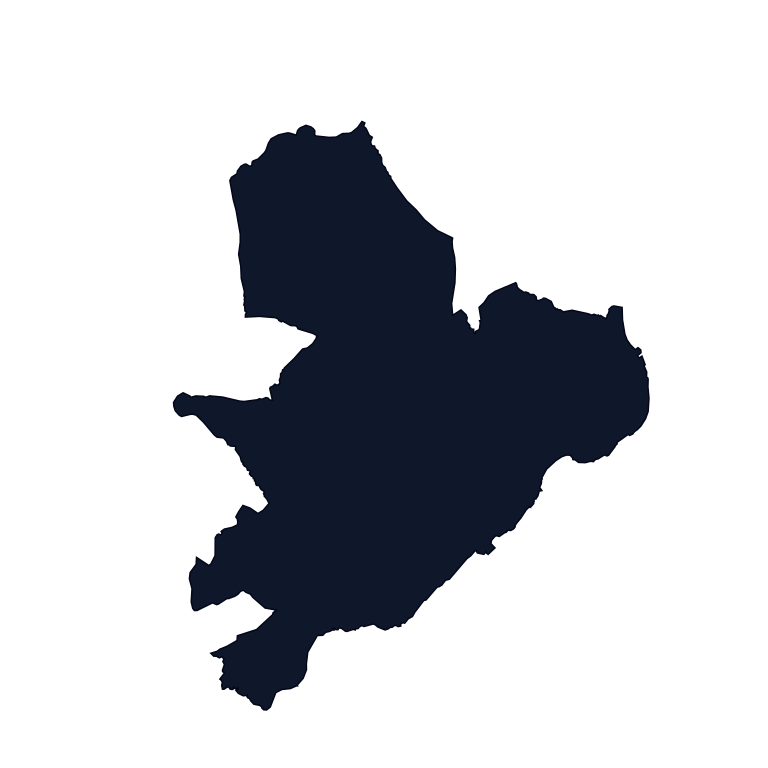 Kota Kupang, Nusa Tenggara Timur, Indonesia (Mercator projection), rotated 161°
{"feature_id": "22746128B56606429525327", "entity_name": "Kota Kupang", "entity_type": "district", "adm_level": 2, "iso_a3": "IDN", "parent_name": "Indonesia", "parent_adm1": "Nusa Tenggara Timur", "projection": "mercator", "projection_center": [123.613, -10.211], "detail": "fine", "context": "isolated", "style": "filled", "palette": "ink", "viewbox_px": 768, "rotation_deg": 161, "n_neighbors": 0, "source": "geoboundaries", "source_scale": "gbopen_adm2", "svg_char_len": 6171}
<svg xmlns="http://www.w3.org/2000/svg" viewBox="0 0 768 768"><g transform="rotate(161 384 384)"><path d="M133.9,378.9L141.1,382.9L143.2,383.1L147.0,381.4L147.3,379.8L149.4,377.0L150.6,376.5L151.2,375.0L153.2,373.6L156.9,378.2L158.0,377.6L158.7,379.4L160.0,379.4L162.6,381.5L165.3,381.6L168.0,383.9L182.1,392.5L190.9,393.8L193.1,396.7L195.7,398.0L195.9,398.9L197.3,398.8L197.5,400.4L198.5,401.4L199.0,407.6L203.5,412.5L205.4,413.3L206.3,412.7L210.8,412.5L212.4,413.5L211.8,417.1L213.3,419.8L217.3,421.4L217.6,422.9L220.1,424.9L221.7,424.9L225.2,429.4L226.4,432.0L226.1,436.0L226.5,436.9L248.8,435.4L256.4,433.3L263.0,428.3L269.2,425.5L271.3,413.3L272.1,412.3L273.0,412.7L273.0,410.6L275.5,405.6L276.6,404.3L280.3,403.9L281.1,402.2L282.5,402.7L281.4,406.6L284.0,407.7L283.8,408.7L284.7,408.9L283.8,411.7L285.2,415.0L285.4,416.7L283.8,419.4L283.9,422.8L287.1,429.0L296.7,426.6L293.8,438.2L284.0,456.6L279.0,469.7L276.0,480.7L274.9,490.3L273.3,496.4L271.6,499.7L283.5,511.6L292.2,526.0L296.8,537.9L302.9,549.8L307.7,564.7L310.6,576.0L310.1,578.2L311.6,580.1L311.5,583.1L312.4,584.3L312.4,588.4L314.1,591.5L314.0,594.5L312.7,598.5L313.2,602.2L314.6,603.7L313.7,606.5L315.6,609.4L315.5,612.1L317.5,613.0L318.0,614.2L318.0,616.4L317.2,618.2L314.7,621.1L316.9,623.8L317.8,631.6L319.4,634.3L317.1,637.1L319.4,639.4L325.4,635.1L332.9,632.3L335.4,632.4L341.8,634.3L348.7,633.0L355.5,635.0L367.5,640.6L368.5,642.1L367.0,645.9L367.7,648.4L369.5,651.0L373.6,654.0L379.7,653.5L381.8,652.7L383.4,651.5L385.9,647.9L391.7,652.1L393.7,652.9L402.6,653.9L410.8,652.6L414.9,649.3L419.6,643.3L421.9,641.6L429.9,637.7L435.2,637.5L436.4,636.8L438.0,633.3L440.4,633.9L442.8,636.9L444.5,637.2L448.3,636.5L453.1,633.2L454.7,630.6L460.9,629.1L463.5,626.6L466.5,607.4L467.3,596.3L471.1,572.6L473.8,564.8L479.2,554.0L481.1,541.9L484.6,530.2L485.9,516.8L487.8,512.9L487.6,511.2L487.1,511.2L488.5,509.8L488.9,507.5L490.8,504.4L490.4,502.9L491.7,498.3L490.5,496.7L492.4,494.8L493.3,492.4L479.8,488.5L465.4,482.2L463.1,480.2L462.7,478.2L460.9,476.2L459.3,476.4L453.3,469.7L448.8,467.9L447.7,466.8L447.3,464.1L434.9,455.1L431.9,451.9L433.1,449.3L438.4,445.3L444.8,443.0L449.6,443.6L460.5,437.4L473.0,431.6L474.4,430.1L475.2,430.4L477.1,427.6L478.3,427.6L479.6,424.3L481.7,421.7L482.0,418.9L483.9,417.7L485.7,417.8L487.2,419.4L489.7,418.2L492.6,417.9L493.5,416.8L494.8,405.0L496.9,405.8L498.4,408.6L500.0,409.6L504.4,409.3L506.7,410.7L508.6,410.3L521.9,413.0L525.8,414.7L540.9,424.2L552.8,429.6L556.6,429.4L558.6,431.1L565.8,434.0L570.8,434.3L571.5,435.9L576.8,441.1L583.1,439.8L589.0,435.1L590.0,431.1L590.1,426.7L587.8,421.2L586.0,419.2L577.2,418.4L574.9,417.8L571.7,415.7L567.2,406.8L561.1,391.1L559.2,388.1L553.3,385.2L551.6,381.3L551.4,377.5L550.0,376.7L549.5,375.4L544.5,373.3L545.9,370.3L543.6,362.2L544.0,357.8L543.5,355.9L542.4,355.5L543.5,354.3L542.7,351.6L541.7,351.0L541.0,349.2L541.2,347.0L538.7,345.3L540.5,342.8L539.5,340.2L538.0,338.8L538.4,337.1L537.2,336.3L538.0,334.7L537.2,333.2L537.8,331.9L537.6,329.8L534.7,328.1L535.1,326.5L534.5,324.2L532.1,321.1L533.6,319.6L533.3,318.0L533.8,317.2L532.2,313.1L531.6,308.5L539.4,303.9L545.3,302.6L551.1,310.4L556.9,315.1L562.6,310.9L567.4,306.5L566.6,304.1L567.3,300.8L568.6,298.5L574.4,297.9L582.2,298.8L586.0,297.6L585.6,295.5L587.6,294.4L589.0,295.9L590.7,295.9L593.6,293.6L599.6,276.7L606.3,270.2L608.7,269.4L617.7,281.1L620.3,274.7L628.7,268.8L631.4,263.3L632.2,252.9L637.2,240.8L637.9,234.2L637.1,231.6L634.5,230.7L617.4,232.9L614.1,229.9L612.3,229.8L602.4,232.3L600.8,231.7L594.1,231.9L590.4,232.8L587.4,234.6L584.2,234.9L582.2,231.8L578.8,228.9L577.4,224.8L569.4,210.9L559.5,205.4L563.7,203.6L563.9,202.4L584.5,193.3L604.6,193.7L606.5,189.3L618.0,187.1L625.7,186.7L628.7,185.6L635.4,185.8L633.6,182.1L631.0,181.1L628.9,178.7L626.1,178.9L624.9,176.0L626.7,174.1L626.2,170.8L630.0,165.8L630.2,164.6L628.9,162.7L635.3,158.4L634.3,156.8L634.0,154.6L635.6,151.8L636.1,148.0L634.5,147.5L630.6,148.6L629.4,147.7L628.8,145.6L627.1,144.6L625.9,144.6L624.9,146.3L624.7,145.1L623.7,144.3L621.0,144.1L621.3,143.0L623.8,142.6L622.4,138.9L618.6,135.0L614.8,134.3L614.5,133.7L615.4,133.0L614.8,131.4L613.6,130.6L613.1,127.6L611.3,123.6L606.2,120.6L604.8,118.8L605.0,117.5L603.8,115.1L601.1,114.0L596.7,115.6L586.8,127.4L580.0,128.4L571.6,126.5L565.0,127.1L564.0,126.7L564.0,127.6L556.3,132.0L550.3,139.1L548.5,144.7L543.4,155.3L528.9,167.9L523.7,166.3L520.1,168.2L516.0,167.8L512.7,168.2L511.5,167.7L511.7,169.3L510.9,169.4L509.3,167.3L507.4,166.7L506.6,167.7L505.1,167.8L503.2,166.2L501.1,162.9L499.6,162.1L493.1,162.0L491.2,160.8L490.8,161.8L488.0,161.2L486.7,162.2L483.9,162.9L481.7,161.2L472.4,160.6L470.7,159.3L469.1,156.4L463.1,151.1L459.6,151.1L457.3,151.9L455.6,151.3L452.5,152.3L450.4,151.1L449.8,150.1L447.0,149.6L446.6,151.2L445.4,152.0L443.3,151.9L442.3,151.1L437.5,154.1L432.8,154.9L429.1,158.2L417.7,165.8L416.7,166.3L414.6,166.1L399.8,174.7L397.9,174.4L394.9,175.0L389.7,178.4L385.8,178.1L362.6,191.8L357.7,193.4L352.8,196.3L351.0,196.6L350.8,193.9L345.0,190.4L342.3,192.4L342.2,190.7L341.0,189.0L332.4,192.9L334.9,198.3L333.1,201.3L328.7,203.8L327.2,204.0L324.6,202.3L318.0,204.2L317.0,203.9L314.2,205.4L311.9,204.2L308.6,204.8L306.4,206.3L306.6,207.1L304.0,209.2L298.2,212.7L290.5,218.7L287.2,220.3L286.3,219.9L286.6,220.5L285.8,220.8L284.6,220.3L281.3,222.2L281.4,223.2L280.1,224.1L280.3,225.4L279.0,226.2L277.9,225.8L274.8,228.2L272.3,232.0L270.7,232.4L270.5,231.9L269.4,231.8L270.5,235.5L267.7,238.6L267.9,239.4L267.0,239.9L266.1,242.7L265.3,242.7L265.2,244.0L257.9,250.6L246.5,255.6L239.4,257.4L234.6,257.4L231.2,256.1L229.7,252.7L230.0,251.0L228.1,250.2L225.6,246.5L219.3,244.1L214.0,243.7L211.2,242.4L208.7,243.8L206.0,243.5L198.6,245.2L196.7,243.4L194.9,243.5L185.9,249.6L185.8,250.2L183.0,251.5L183.1,252.8L170.7,256.5L169.2,256.6L168.5,255.4L164.9,255.8L162.9,257.3L159.1,258.5L154.8,260.6L148.1,265.9L143.2,272.0L138.1,284.3L135.4,295.3L132.7,302.5L132.6,304.0L133.5,305.2L131.7,309.8L132.2,316.7L130.8,317.2L131.0,326.4L134.4,325.6L135.1,328.2L130.8,329.9L130.1,332.6L132.0,335.7L135.2,334.7L135.7,335.6L138.2,340.9L139.8,346.4L140.0,352.7L137.6,367.0L133.9,378.9Z" fill="#0f172a" stroke="#020617" stroke-width="1.5"/></g></svg>